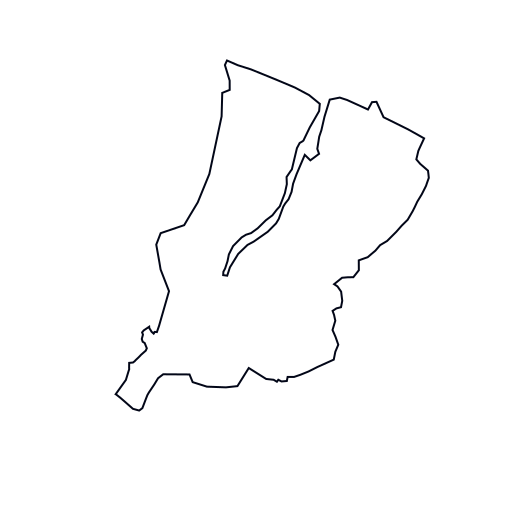 outline of Akuku Toru, Bayelsa, Nigeria, rotated 208°
{"feature_id": "59680162B59329233871626", "entity_name": "Akuku Toru", "entity_type": "district", "adm_level": 2, "iso_a3": "NGA", "parent_name": "Nigeria", "parent_adm1": "Bayelsa", "projection": "natural_earth1", "projection_center": [6.683, 4.57], "detail": "fine", "context": "isolated", "style": "outline", "palette": "ink", "viewbox_px": 512, "rotation_deg": 208, "n_neighbors": 0, "source": "geoboundaries", "source_scale": "gbopen_adm2", "svg_char_len": 2419}
<svg xmlns="http://www.w3.org/2000/svg" viewBox="0 0 512 512"><g transform="rotate(208 256 256)"><path d="M320.2,137.6L320.7,135.1L318.9,133.5L317.9,129.1L315.8,127.1L313.4,126.9L310.1,124.1L309.1,123.3L308.9,120.8L308.9,120.7L311.2,114.6L311.4,113.7L312.2,111.0L313.4,107.5L313.7,106.2L314.6,104.2L317.8,102.1L315.8,98.2L315.5,97.6L314.8,96.5L314.5,94.7L312.7,85.5L315.0,68.1L314.6,68.1L309.1,67.1L292.9,63.3L286.6,64.7L284.9,68.3L286.2,78.7L286.6,82.2L286.5,85.2L285.5,94.8L285.1,102.1L282.4,108.0L259.1,120.2L252.7,114.9L238.0,117.6L220.9,125.9L211.3,132.4L209.8,153.7L189.3,152.2L182.3,155.0L178.5,154.8L178.2,157.2L174.6,157.2L170.1,160.1L171.3,164.1L165.6,167.1L161.1,171.9L155.4,178.7L149.6,186.9L138.7,201.0L141.0,208.7L141.7,216.3L147.9,222.0L153.7,226.6L155.6,236.1L159.4,240.6L162.6,243.5L160.4,247.5L156.9,250.7L158.8,256.9L164.1,264.5L169.8,267.4L173.8,267.8L169.8,277.2L165.3,280.1L160.1,283.0L158.5,291.7L163.2,300.4L160.4,303.5L156.8,307.4L155.1,311.8L153.1,316.7L151.5,323.9L147.3,330.8L145.8,335.7L143.5,343.2L141.6,351.2L139.1,359.2L138.7,369.2L138.8,373.8L139.1,379.7L138.7,386.7L138.6,388.3L138.8,397.7L139.3,400.7L140.1,406.1L142.1,409.1L144.2,412.1L154.2,414.4L159.8,416.6L162.0,425.0L162.2,427.6L162.8,438.8L181.3,439.2L208.5,438.4L222.0,448.7L225.8,446.3L225.9,437.9L237.8,437.2L239.3,437.1L248.9,436.5L252.8,435.8L256.4,435.2L264.3,428.7L260.9,411.1L257.3,397.7L256.2,391.0L254.5,386.1L252.2,379.4L248.3,375.8L252.9,366.0L260.4,368.2L258.6,347.3L257.2,337.3L254.7,329.3L253.9,321.4L254.9,316.0L255.1,312.5L253.3,299.4L253.6,294.2L257.0,282.9L264.8,267.6L268.7,261.8L272.7,249.5L273.7,233.8L272.2,225.1L276.0,223.7L277.4,226.8L277.4,230.4L278.7,238.0L280.7,244.7L280.9,254.0L277.4,265.7L274.8,270.1L271.1,273.9L267.5,281.3L264.1,292.1L260.6,299.7L259.4,306.6L258.3,311.0L260.0,325.0L262.5,333.9L266.1,340.1L265.3,347.4L265.0,349.3L267.6,359.3L270.5,370.5L270.5,376.3L268.7,379.2L268.3,380.3L268.4,382.0L268.9,394.8L268.3,413.6L271.1,420.3L284.7,423.0L300.7,423.0L319.7,421.3L348.1,418.4L361.7,415.9L373.4,415.0L373.1,410.0L361.6,398.5L357.2,390.3L362.4,384.2L351.9,363.1L335.7,306.5L332.6,276.0L333.4,261.0L333.9,249.5L350.9,231.4L349.4,219.2L338.2,204.9L333.9,199.3L316.3,184.1L316.1,183.2L309.7,153.0L308.8,148.8L307.8,142.3L309.9,141.4L310.0,140.9L309.8,140.1L309.9,139.4L312.7,140.1L313.8,140.8L316.3,142.2L317.1,143.4L320.2,137.6Z" fill="none" stroke="#020617" stroke-width="2"/></g></svg>